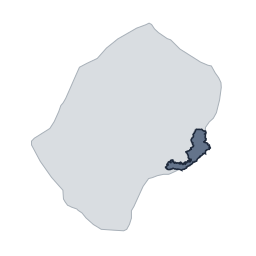 Tsoelikana, Qacha's Nek, Lesotho shown in context, rotated 353°
{"feature_id": "5366337B78317491468351", "entity_name": "Tsoelikana", "entity_type": "district", "adm_level": 2, "iso_a3": "LSO", "parent_name": "Lesotho", "parent_adm1": "Qacha's Nek", "projection": "robinson", "projection_center": [28.859, -29.907], "detail": "fine", "context": "in_parent", "style": "filled", "palette": "slate", "viewbox_px": 256, "rotation_deg": 353, "n_neighbors": 0, "source": "geoboundaries", "source_scale": "gbopen_adm2", "svg_char_len": 6679}
<svg xmlns="http://www.w3.org/2000/svg" viewBox="0 0 256 256"><g transform="rotate(353 128 128)"><path d="M171.1,176.3L163.6,178.7L162.5,178.9L157.7,178.3L151.3,178.9L146.2,180.2L142.3,180.7L135.9,187.7L124.3,206.6L121.3,210.5L120.4,217.9L117.7,223.8L114.4,228.4L111.2,229.5L101.5,227.7L89.1,225.3L81.9,219.6L75.4,212.2L72.0,206.7L68.5,203.7L67.3,202.1L62.2,199.6L60.3,198.3L58.6,197.3L56.6,193.7L55.3,190.6L55.8,181.8L52.2,176.6L46.1,167.7L42.2,160.4L36.9,150.5L33.6,142.0L30.2,133.1L30.6,129.3L33.8,126.7L43.2,122.3L50.4,118.9L55.6,112.6L61.3,103.2L64.1,97.5L66.8,95.0L69.8,91.0L75.1,82.1L80.9,72.3L87.2,61.8L95.1,58.8L106.0,55.2L116.4,46.0L128.8,38.3L148.8,29.9L158.2,27.7L161.7,26.5L164.0,28.1L166.4,32.9L169.8,37.0L177.7,44.0L181.1,45.7L189.2,56.0L198.0,63.2L208.0,71.4L214.9,75.4L218.3,76.6L221.2,83.8L224.1,89.2L225.8,94.3L225.5,99.2L222.3,111.3L217.6,123.6L213.9,128.7L209.4,131.9L205.0,136.8L203.3,146.6L201.3,158.2L195.5,163.0L191.0,166.2L184.8,170.0L171.1,176.3Z" fill="#d9dde1" stroke="#a8b0b8" stroke-width="1"/><path d="M160.5,171.4L160.5,171.8L161.0,171.8L161.0,172.3L161.3,172.3L161.3,172.5L161.5,172.7L161.5,172.8L161.4,172.9L161.4,173.0L161.9,173.3L161.9,173.5L162.0,173.5L162.0,173.8L162.7,174.1L162.8,174.1L163.1,174.2L163.4,174.2L163.8,174.3L163.9,174.2L164.2,174.2L164.9,174.4L165.5,174.2L165.8,173.8L166.3,174.1L166.9,174.0L167.3,173.7L167.8,173.4L168.3,173.7L168.7,174.0L169.0,174.1L169.1,174.3L169.3,174.3L169.5,174.4L170.1,174.3L170.4,174.5L170.7,174.8L170.9,174.7L171.6,174.9L172.1,175.0L172.3,174.8L173.3,175.1L173.4,175.3L174.3,175.4L174.9,175.7L175.5,176.2L176.0,176.5L175.9,176.1L176.6,176.1L177.0,175.8L178.1,175.8L178.6,175.6L178.9,175.8L179.1,175.7L179.3,175.5L179.8,175.2L180.0,175.3L180.5,175.1L181.0,175.0L181.3,174.7L181.2,174.4L181.2,173.9L182.1,173.8L182.2,173.6L182.6,173.4L182.9,173.1L183.2,173.2L183.8,172.9L184.2,172.9L184.4,172.6L184.7,172.5L184.9,172.7L185.6,172.0L186.3,171.9L186.5,171.5L186.8,171.5L187.7,171.1L187.8,171.0L188.0,170.2L188.2,169.8L188.3,169.7L188.6,169.9L189.1,169.8L189.3,170.0L189.5,170.0L190.2,169.4L190.5,169.6L190.7,169.4L191.0,169.4L191.3,169.2L191.9,169.3L192.3,169.0L192.4,168.2L192.6,167.9L192.8,167.7L193.0,167.3L194.7,166.0L194.8,165.9L195.2,166.1L195.6,165.9L195.9,165.4L195.8,164.9L196.4,164.6L196.6,164.8L196.8,164.5L197.3,164.5L198.0,164.1L198.8,163.5L199.1,162.7L199.7,163.0L199.9,162.9L199.9,162.6L200.1,162.4L200.5,162.3L201.3,162.6L201.8,163.0L201.8,162.6L201.7,162.0L201.9,161.7L202.0,160.9L202.3,160.4L202.2,160.1L202.3,159.9L202.7,160.0L203.3,159.6L203.5,159.3L203.7,159.2L204.6,159.2L205.6,158.7L205.8,158.7L206.1,158.9L206.2,158.5L206.5,158.4L207.3,157.9L207.3,157.6L206.9,157.3L206.9,157.2L206.6,157.1L206.3,156.9L206.8,156.6L206.9,156.4L206.5,155.8L206.7,155.6L206.7,155.2L206.7,154.8L206.6,154.7L206.1,154.8L205.5,154.7L205.2,154.2L204.9,153.8L205.3,153.2L204.9,152.9L204.8,152.7L204.5,152.4L204.2,152.3L203.6,152.2L203.4,152.0L203.1,152.0L202.9,151.8L202.5,151.8L202.1,151.5L201.7,151.4L201.6,150.9L202.3,150.8L202.4,150.6L202.6,150.6L202.7,150.4L202.8,150.4L202.9,149.8L203.0,149.7L203.7,149.7L203.9,149.6L204.1,149.0L203.9,148.4L204.1,148.2L204.2,147.9L203.6,147.7L203.6,147.4L203.5,147.2L203.4,147.0L203.6,145.8L203.7,145.6L203.9,145.5L203.9,144.2L204.1,143.8L203.4,143.3L203.9,143.0L204.1,143.1L204.4,143.1L204.4,142.9L204.3,142.7L204.8,142.5L204.9,142.0L204.9,141.6L204.4,140.8L204.5,140.5L203.9,140.2L203.4,140.5L203.1,140.4L202.8,140.2L202.3,139.7L201.9,139.6L201.7,139.2L201.3,138.9L201.1,138.5L201.2,138.4L201.0,138.2L200.8,138.2L199.3,138.3L198.8,138.0L198.5,138.1L198.0,137.9L197.9,138.0L197.3,138.0L196.9,137.9L196.6,137.7L195.9,137.7L195.7,137.6L195.5,138.0L194.5,138.4L194.5,139.2L194.4,139.5L194.1,139.8L194.0,140.1L193.3,140.3L193.2,141.0L193.2,141.3L192.8,141.6L192.5,141.6L191.8,142.2L191.7,142.6L192.0,142.9L192.1,143.5L192.0,143.8L191.7,144.2L191.9,144.7L191.0,145.5L190.7,145.7L190.3,145.7L190.2,146.0L189.7,146.5L189.6,147.0L189.4,147.1L189.1,147.5L189.2,148.5L189.5,148.9L189.6,149.1L189.5,149.3L189.4,149.5L190.0,150.4L190.6,150.8L189.9,151.5L190.4,152.5L190.5,153.0L191.0,153.2L191.0,153.5L190.6,154.4L190.2,154.4L190.1,154.6L189.7,154.8L189.1,155.0L187.8,155.4L187.7,155.9L188.1,156.2L188.0,156.4L188.2,156.7L188.2,156.9L187.5,157.0L187.3,157.2L186.7,157.2L186.4,157.7L186.2,157.9L185.5,158.0L185.1,158.2L184.6,158.1L184.3,158.5L184.1,158.4L183.6,158.5L183.5,158.4L182.5,158.7L182.5,158.9L183.0,159.5L183.0,159.8L183.6,160.2L183.8,160.7L183.8,161.2L184.1,161.6L184.0,161.9L184.2,162.0L184.4,162.4L184.4,162.8L184.5,163.2L184.4,163.6L184.2,164.1L184.1,164.3L184.2,164.5L184.3,164.9L184.3,165.3L185.1,165.9L185.1,166.2L185.3,166.2L185.3,166.4L185.6,166.7L185.8,166.6L185.8,166.4L186.4,167.0L186.5,167.0L186.6,166.9L186.9,166.9L186.8,167.3L186.6,167.5L186.7,168.1L186.5,168.3L186.3,168.3L186.1,168.1L185.8,168.0L185.6,167.5L185.6,167.4L185.7,167.2L185.5,167.5L185.3,167.7L185.3,168.5L185.5,168.9L185.8,168.9L185.7,169.1L185.1,169.2L184.5,168.8L184.4,168.6L184.6,168.4L184.6,167.7L184.8,167.4L184.8,167.1L184.7,167.0L184.5,167.4L184.3,167.6L184.1,168.2L183.9,168.3L183.7,168.3L183.7,167.8L183.6,167.7L183.4,167.7L183.3,168.5L183.6,168.5L183.7,168.9L183.5,169.0L183.2,168.9L182.2,168.9L181.5,168.8L181.5,169.1L181.8,169.1L182.0,169.6L181.5,169.8L181.5,169.5L181.4,169.3L181.0,169.1L180.8,168.7L180.7,168.7L180.5,169.1L180.3,169.1L180.3,169.6L180.1,170.1L180.5,169.9L181.0,170.0L180.6,170.4L180.7,170.7L180.6,170.9L180.0,170.6L179.6,170.3L179.4,169.9L179.5,169.8L179.5,169.7L179.4,169.6L179.0,170.1L178.9,169.8L178.7,169.9L178.8,170.2L178.7,170.4L178.6,170.7L178.2,170.7L178.0,170.9L177.7,170.6L177.6,170.4L177.5,169.8L177.0,169.2L176.9,169.2L177.0,169.6L176.7,169.9L176.2,169.6L176.1,169.4L176.3,169.1L176.5,169.0L176.5,168.8L176.4,168.5L175.9,168.3L175.5,168.9L175.6,169.3L175.3,169.8L175.3,170.0L175.2,170.0L174.7,169.7L174.8,169.6L174.7,169.4L174.8,169.0L174.7,168.8L174.2,169.0L173.5,168.7L173.4,168.7L173.3,168.9L173.2,168.9L172.9,168.6L172.2,168.6L171.9,168.9L171.7,168.9L171.5,168.7L171.4,168.4L171.0,167.9L170.6,168.1L170.1,168.6L169.8,168.6L169.8,168.4L169.5,168.2L169.3,168.5L169.4,167.7L169.1,167.6L169.2,167.3L169.4,167.2L169.3,166.8L169.0,166.8L168.7,167.0L168.3,166.9L168.0,166.4L167.5,166.1L168.3,166.2L168.6,166.1L168.7,165.9L168.5,165.6L168.5,165.1L168.4,165.1L167.9,165.4L167.4,165.1L167.1,165.1L166.3,165.4L166.0,166.1L166.0,166.5L166.5,167.2L166.5,167.6L166.3,167.7L165.6,167.3L165.0,166.6L164.7,166.4L164.2,166.6L163.8,166.8L163.4,167.5L163.1,168.4L162.4,168.5L162.1,169.0L162.2,169.4L162.4,169.5L163.0,169.0L163.4,169.3L163.4,169.5L162.9,169.9L161.5,170.7L160.9,171.2L160.5,171.4Z" fill="#64748b" stroke="#1e293b" stroke-width="1.5"/></g></svg>